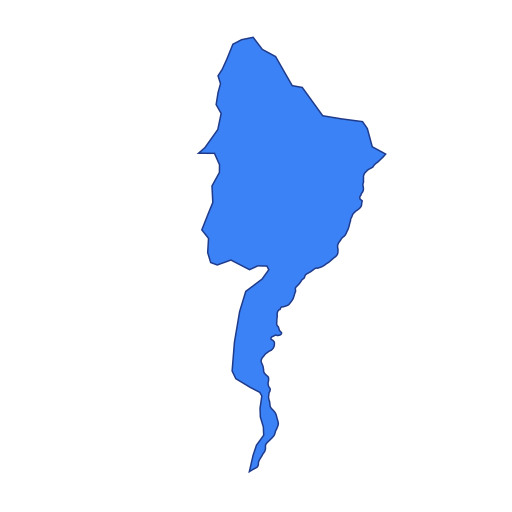 Satéma, Basse-Kotto, Central African Republic (orthographic projection), rotated 288°
{"feature_id": "33826404B54558554669564", "entity_name": "Satéma", "entity_type": "district", "adm_level": 2, "iso_a3": "CAF", "parent_name": "Central African Republic", "parent_adm1": "Basse-Kotto", "projection": "orthographic", "projection_center": [21.777, 4.375], "detail": "fine", "context": "isolated", "style": "filled", "palette": "blue", "viewbox_px": 512, "rotation_deg": 288, "n_neighbors": 0, "source": "geoboundaries", "source_scale": "gbopen_adm2", "svg_char_len": 3880}
<svg xmlns="http://www.w3.org/2000/svg" viewBox="0 0 512 512"><g transform="rotate(288 256 256)"><path d="M336.0,169.6L340.8,184.8L331.5,193.1L324.1,195.4L309.0,192.5L293.5,198.4L283.1,197.6L264.1,196.4L258.1,205.4L244.3,209.0L235.8,214.9L235.5,221.9L244.4,233.4L241.0,254.1L247.2,260.8L249.8,269.5L246.9,272.4L235.9,268.9L219.2,257.2L198.0,257.6L167.5,262.1L139.3,268.8L133.1,274.7L129.3,290.9L127.5,301.7L124.7,304.8L112.4,306.9L104.2,309.9L95.7,315.8L87.9,318.7L76.2,314.9L65.6,314.8L48.9,316.3L50.6,317.8L51.8,318.8L53.5,320.5L55.2,322.1L56.0,322.5L57.1,322.7L58.3,322.7L60.0,322.2L61.9,322.1L64.4,322.5L67.0,323.2L68.5,323.5L70.2,323.8L72.4,324.6L74.0,324.7L75.6,324.6L77.0,324.1L78.1,323.7L79.2,323.5L80.4,323.7L81.4,324.0L82.4,324.5L85.0,325.9L87.5,327.2L89.9,328.3L91.7,328.8L93.6,328.8L95.1,328.7L96.3,328.8L97.8,329.1L101.8,329.3L103.3,329.1L104.4,328.6L105.8,327.8L107.8,326.4L109.4,325.4L111.2,324.2L112.5,323.1L113.5,321.8L114.3,320.5L115.0,319.3L115.5,318.2L116.2,317.1L117.4,315.9L121.6,314.0L123.4,312.7L125.2,311.7L126.5,311.3L128.1,311.1L129.0,310.8L130.2,310.7L131.6,311.0L133.4,310.8L134.3,310.3L135.0,309.4L135.9,308.3L137.6,307.2L139.5,306.6L141.7,306.4L143.8,305.7L144.7,305.1L145.2,304.2L145.7,302.9L146.5,301.3L147.5,299.8L148.7,298.9L150.3,298.3L152.5,297.2L153.7,296.4L155.9,294.5L157.0,293.6L158.6,293.1L159.9,293.2L161.1,293.4L163.5,294.4L164.8,294.8L166.2,295.5L168.8,297.4L170.0,298.3L170.4,298.9L171.2,299.7L172.4,300.3L173.9,300.9L175.7,301.1L176.8,301.0L178.4,300.6L179.8,300.0L180.5,299.0L180.9,298.3L181.2,297.4L181.2,296.7L181.4,296.1L182.0,295.8L182.5,295.6L183.5,295.8L184.3,296.4L185.2,297.4L186.3,298.4L186.8,298.9L187.0,299.8L186.9,300.6L187.2,301.5L187.7,302.3L188.1,303.0L188.5,303.5L189.2,304.0L190.2,304.2L190.8,304.1L191.0,303.8L191.5,303.1L192.0,302.0L193.0,300.9L194.9,299.6L195.5,299.2L196.2,297.9L196.7,297.3L198.2,296.5L199.8,296.1L201.9,295.5L203.5,295.1L205.1,294.9L207.4,294.0L208.6,293.8L210.0,293.8L211.4,294.2L211.9,294.5L212.4,295.2L213.0,295.5L213.6,295.5L214.2,295.5L214.8,295.6L215.5,296.1L216.0,297.5L217.0,298.9L218.3,300.7L219.7,302.1L221.4,302.8L223.0,303.4L224.6,303.9L226.8,304.5L229.0,304.5L230.8,304.5L232.6,304.4L234.3,304.6L235.3,304.3L236.2,303.9L237.2,303.5L238.0,303.4L238.9,303.7L242.1,305.3L243.8,306.0L245.4,306.5L246.8,306.8L248.0,307.3L248.8,307.9L249.5,308.4L250.1,308.7L252.3,308.7L253.1,308.8L254.6,309.7L257.9,312.8L262.1,315.8L263.0,316.7L263.2,317.2L263.3,317.7L263.4,318.3L263.7,318.8L264.6,319.8L264.9,320.5L265.5,321.1L266.3,322.1L268.3,323.9L270.6,325.5L272.2,326.9L273.9,328.0L278.1,330.5L279.9,331.8L281.3,332.5L282.7,332.9L284.1,332.9L285.4,332.6L286.9,332.2L288.1,331.7L289.1,331.1L290.6,330.5L291.9,330.3L293.9,330.5L295.4,330.9L297.1,331.5L299.0,331.9L300.0,332.4L301.2,333.1L302.3,333.9L303.7,334.4L305.5,334.8L307.3,334.9L309.0,335.2L309.9,335.3L313.3,335.3L315.1,335.1L317.2,335.0L318.7,335.0L319.8,334.7L320.7,334.6L321.8,334.8L323.0,335.0L325.1,335.1L326.4,335.4L328.1,336.3L329.8,337.2L331.0,338.2L332.4,339.2L334.5,340.3L336.3,340.7L337.8,340.5L338.6,340.3L339.6,340.1L340.4,340.1L341.1,340.0L341.4,339.8L341.7,338.9L341.9,338.2L342.1,337.6L342.9,337.0L344.0,336.5L345.0,336.5L345.6,336.8L346.3,337.0L347.9,336.9L348.6,337.2L349.4,337.5L350.7,337.7L352.0,337.7L353.7,337.2L355.1,336.5L356.4,335.8L357.3,335.5L358.3,335.4L359.4,335.4L360.6,335.1L361.5,334.6L362.7,334.4L364.8,333.6L366.2,333.5L368.0,333.6L370.2,334.6L372.2,335.6L373.7,336.8L375.3,338.4L376.6,339.6L378.8,340.2L381.0,341.3L382.8,342.7L387.2,345.1L389.2,346.2L393.0,347.8L395.8,332.8L403.5,327.8L411.6,322.5L416.7,315.8L412.7,294.1L410.0,276.1L430.6,247.9L429.2,237.8L451.7,213.0L454.4,198.2L463.1,185.7L457.3,175.5L450.3,168.6L433.7,167.4L423.1,166.2L415.6,164.2L408.9,169.0L399.9,169.4L387.7,171.3L380.8,178.8L364.5,180.6L343.2,173.9L336.0,169.6Z" fill="#3b82f6" stroke="#1e3a8a" stroke-width="1.5"/></g></svg>